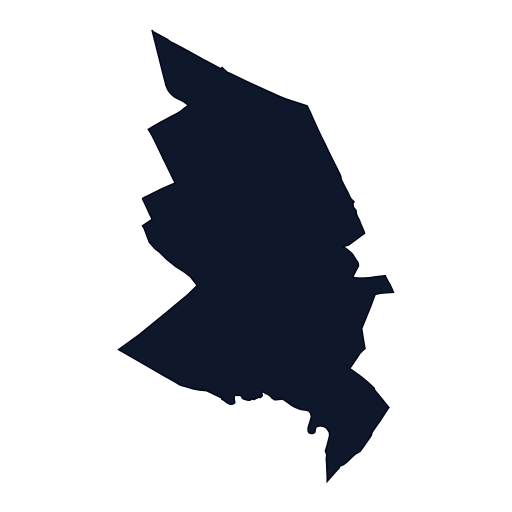 the district of Dornesti, Suceava, Romania
{"feature_id": "2599482B65590123395964", "entity_name": "Dornesti", "entity_type": "district", "adm_level": 2, "iso_a3": "ROU", "parent_name": "Romania", "parent_adm1": "Suceava", "projection": "mercator", "projection_center": [26.008, 47.885], "detail": "fine", "context": "isolated", "style": "filled", "palette": "ink", "viewbox_px": 512, "rotation_deg": 0, "n_neighbors": 0, "source": "geoboundaries", "source_scale": "gbopen_adm2", "svg_char_len": 4475}
<svg xmlns="http://www.w3.org/2000/svg" viewBox="0 0 512 512"><path d="M388.9,407.5L381.9,398.9L374.7,390.2L374.1,388.1L371.0,385.2L367.8,382.2L361.4,376.9L349.7,368.5L351.7,365.6L358.0,356.3L359.8,353.5L362.6,350.6L365.0,348.6L364.0,342.9L363.1,337.5L361.7,328.6L362.8,325.8L363.9,323.1L367.2,315.0L370.9,305.8L375.2,294.3L376.5,294.1L377.8,293.9L379.6,293.4L382.1,293.1L387.0,292.7L393.4,292.3L392.6,290.2L391.4,287.6L390.1,284.8L388.6,282.3L386.8,278.9L385.4,276.3L385.3,275.7L375.6,276.8L369.8,277.7L364.9,278.0L360.9,278.1L355.9,277.9L352.6,277.2L355.7,271.1L358.5,266.0L358.1,262.8L357.6,262.0L356.3,260.2L355.0,258.1L353.3,255.4L352.9,254.7L351.4,253.0L349.4,251.3L347.1,249.4L343.9,247.1L343.1,246.6L348.6,245.0L364.6,233.2L364.3,232.3L363.4,230.1L362.7,228.3L361.2,225.0L360.2,222.4L359.4,220.3L358.7,218.8L358.0,217.6L357.6,217.0L357.2,216.0L356.5,214.2L356.3,213.0L356.2,211.5L356.0,210.5L355.6,209.8L354.9,209.0L354.0,208.2L353.8,207.9L353.5,206.7L353.0,205.2L353.0,204.2L353.0,203.5L354.0,201.7L353.1,200.9L351.8,199.7L350.8,198.6L350.2,197.5L349.5,196.1L347.8,192.3L344.2,185.5L341.9,180.9L341.1,178.9L341.0,178.1L340.9,177.1L340.8,176.5L340.0,174.4L338.4,171.3L336.9,168.1L333.7,161.8L330.4,155.1L328.6,151.5L325.5,144.9L321.0,135.9L317.7,128.9L315.1,123.2L312.5,117.4L311.4,114.8L310.3,112.3L308.9,109.5L307.7,107.1L307.2,105.9L291.2,100.7L286.3,99.1L280.3,96.7L263.4,89.1L246.1,81.2L230.0,73.4L227.2,72.3L223.6,69.0L222.1,67.5L220.9,68.8L220.7,68.7L217.3,66.9L211.5,63.8L206.3,61.0L204.6,60.2L203.4,59.6L201.2,58.3L197.1,56.0L191.6,53.0L188.2,51.0L187.8,50.8L185.6,49.7L183.8,48.7L182.4,47.9L179.6,46.4L174.6,43.8L171.7,42.4L171.0,42.1L168.2,40.1L167.5,39.5L162.0,36.5L155.0,32.7L153.3,31.9L153.2,31.7L152.9,31.4L152.5,30.7L152.3,30.7L152.2,30.7L162.6,72.2L165.5,83.4L165.7,84.8L166.5,86.6L167.2,88.3L168.2,90.4L169.3,91.9L170.5,93.3L171.8,94.7L174.0,96.6L175.4,97.5L179.3,99.5L182.6,101.0L185.2,102.8L186.2,103.5L187.7,104.8L188.4,105.4L184.2,108.3L182.2,110.1L180.0,111.7L177.6,113.1L176.5,113.8L172.3,115.9L160.7,122.1L153.1,126.4L149.8,128.5L148.3,129.3L150.3,132.5L152.0,135.5L153.3,138.0L156.0,143.5L159.1,149.9L160.9,153.7L161.7,155.3L162.6,157.5L164.5,161.2L168.9,170.2L170.9,174.4L175.2,183.1L171.6,184.5L160.9,189.2L154.5,192.4L147.9,195.7L145.1,197.0L143.3,198.0L142.8,198.3L142.5,198.8L146.6,207.4L149.4,213.6L151.3,217.4L151.9,218.7L151.9,219.5L142.5,225.8L144.1,228.3L147.2,236.7L149.3,242.2L154.9,248.6L159.7,252.3L166.5,259.1L175.5,266.4L184.5,272.1L190.1,276.4L193.3,280.4L197.2,285.5L191.1,291.5L187.4,295.1L174.4,305.8L167.4,311.7L158.3,319.1L150.5,325.5L145.7,329.4L139.2,334.7L118.6,349.6L143.2,363.7L164.4,376.0L175.3,382.1L180.0,385.0L181.5,385.5L185.7,386.6L192.9,388.8L197.5,389.7L200.0,390.1L206.5,390.7L212.1,393.3L213.0,393.8L217.6,396.0L222.1,398.2L221.8,399.1L222.4,399.5L224.1,400.4L224.5,400.7L225.2,401.4L225.9,401.9L226.8,402.6L227.6,403.1L229.5,404.0L230.6,404.3L231.7,404.3L233.6,403.7L234.6,402.9L234.8,402.2L234.4,400.5L234.2,398.9L234.1,398.1L234.3,397.1L234.3,396.4L234.7,395.7L235.9,394.8L236.4,395.2L236.9,395.4L237.7,395.4L239.6,395.3L241.0,395.8L241.8,396.5L242.0,397.4L242.3,398.1L243.6,399.0L246.0,399.7L247.9,400.2L249.7,400.3L250.7,399.7L251.2,399.2L251.5,399.0L251.9,399.0L252.9,399.3L254.2,399.5L256.5,398.2L257.7,397.7L258.4,397.4L258.9,397.4L259.4,397.4L260.2,397.6L260.7,397.3L261.4,396.6L262.0,396.0L262.3,395.2L262.1,394.4L261.7,393.4L261.8,392.7L262.2,392.1L262.8,391.9L263.5,392.1L265.9,393.6L266.8,393.9L268.5,394.7L269.2,395.3L270.7,396.5L271.3,397.1L272.0,398.1L272.3,398.3L272.7,398.6L273.6,398.9L274.4,399.6L274.6,399.8L277.9,399.6L282.4,399.0L283.6,399.6L287.9,402.6L292.1,405.7L295.2,407.3L300.2,409.3L303.8,409.9L305.9,410.1L308.8,411.0L310.5,413.0L311.4,416.7L309.9,422.0L308.7,425.8L308.1,427.9L308.1,430.0L308.3,431.6L309.2,432.9L311.0,433.5L313.2,433.4L314.9,432.1L315.5,428.3L316.5,426.7L320.2,425.8L323.6,426.5L325.9,427.6L327.7,429.7L329.4,432.5L329.6,435.6L328.3,440.7L327.0,445.9L325.4,450.9L326.8,455.0L326.4,457.6L326.3,459.3L326.5,461.6L326.7,465.8L326.8,468.1L326.9,470.3L327.1,475.2L327.2,478.9L327.2,481.3L331.4,476.5L335.6,471.8L339.3,467.8L339.4,467.0L339.8,466.2L341.0,465.7L342.4,465.1L343.7,464.5L346.6,462.2L347.3,461.6L352.2,456.9L355.6,453.8L358.3,452.5L360.0,451.4L362.1,448.7L367.8,440.5L371.2,435.6L371.9,432.8L372.8,431.2L375.1,427.9L379.4,421.7L379.5,421.8L379.8,421.4L381.6,418.5L388.7,407.7L388.9,407.5Z" fill="#0f172a" stroke="#020617" stroke-width="1.5"/></svg>